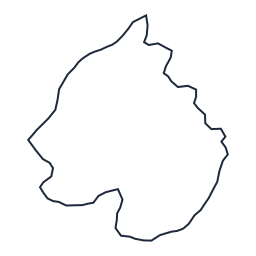 the district of Palmares Paulista, São Paulo, Brazil
{"feature_id": "56859067B79486573707853", "entity_name": "Palmares Paulista", "entity_type": "district", "adm_level": 2, "iso_a3": "BRA", "parent_name": "Brazil", "parent_adm1": "São Paulo", "projection": "albers", "projection_center": [-48.826, -21.099], "detail": "fine", "context": "isolated", "style": "outline", "palette": "slate", "viewbox_px": 256, "rotation_deg": 0, "n_neighbors": 0, "source": "geoboundaries", "source_scale": "gbopen_adm2", "svg_char_len": 1156}
<svg xmlns="http://www.w3.org/2000/svg" viewBox="0 0 256 256"><path d="M225.6,147.4L221.4,141.7L225.4,136.6L220.8,128.7L211.4,129.1L205.3,123.3L205.0,114.6L197.8,108.0L194.0,103.1L196.1,96.9L196.1,89.6L187.9,85.8L177.9,87.0L171.3,81.3L168.1,76.3L163.7,73.2L166.0,66.1L170.7,57.6L171.8,50.7L166.1,47.8L158.0,43.4L148.8,45.0L144.1,42.2L146.7,35.4L147.6,25.5L146.1,15.4L139.0,19.0L132.9,22.1L128.2,28.9L122.8,35.5L117.1,41.4L112.1,44.8L106.9,46.8L100.8,49.7L94.5,51.7L89.3,54.0L82.7,58.4L78.6,62.0L74.4,67.6L67.7,74.4L63.0,82.5L59.1,89.2L57.5,100.1L55.3,109.9L48.4,118.4L36.6,130.1L32.5,135.0L28.2,139.9L35.4,149.8L42.9,159.1L49.6,162.8L53.0,168.1L51.3,176.4L43.3,182.3L40.0,187.2L43.2,192.5L47.5,198.4L53.1,201.1L58.8,201.9L66.2,205.5L82.5,205.1L87.9,203.7L93.4,202.7L98.6,195.8L105.8,192.2L117.9,189.1L122.5,199.6L120.3,207.4L117.1,213.5L116.8,220.0L115.5,228.0L121.0,235.7L130.0,236.7L135.2,238.8L143.5,240.4L151.4,240.6L160.0,235.1L171.3,231.7L177.2,230.9L183.1,228.7L188.8,223.8L194.5,215.3L200.7,210.0L204.7,203.9L208.7,198.1L212.8,190.1L217.3,181.7L219.4,171.1L222.9,160.7L227.8,154.4L225.6,147.4Z" fill="none" stroke="#1e293b" stroke-width="2"/></svg>